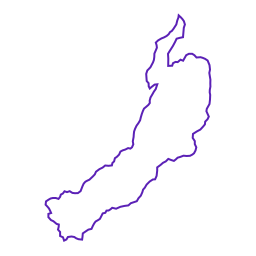 Rubiácea, São Paulo, Brazil
{"feature_id": "56859067B43286600004708", "entity_name": "Rubiácea", "entity_type": "district", "adm_level": 2, "iso_a3": "BRA", "parent_name": "Brazil", "parent_adm1": "São Paulo", "projection": "albers", "projection_center": [-50.795, -21.344], "detail": "fine", "context": "isolated", "style": "outline", "palette": "violet", "viewbox_px": 256, "rotation_deg": 0, "n_neighbors": 0, "source": "geoboundaries", "source_scale": "gbopen_adm2", "svg_char_len": 2657}
<svg xmlns="http://www.w3.org/2000/svg" viewBox="0 0 256 256"><path d="M46.0,201.4L45.6,204.7L47.5,206.7L49.0,208.5L50.1,210.7L51.1,213.0L48.4,213.9L48.4,217.2L51.0,220.1L53.4,221.2L56.6,223.9L58.8,224.5L58.7,226.8L58.0,229.6L60.1,232.0L60.1,236.0L63.0,237.3L64.1,240.6L66.4,239.5L67.9,237.0L71.5,236.5L74.3,237.0L76.2,238.3L78.5,239.2L82.1,239.6L82.5,236.8L82.8,233.4L85.7,231.4L88.4,229.6L91.5,228.9L92.9,225.8L94.2,223.4L95.6,221.5L97.9,220.2L99.9,218.9L101.1,216.6L102.7,213.4L105.3,212.8L106.5,210.6L108.6,210.5L110.5,209.3L112.2,207.8L116.1,208.7L120.4,206.8L124.6,205.9L128.4,205.4L130.8,203.2L136.8,201.2L138.5,198.2L140.8,195.7L142.3,192.3L143.1,189.6L144.8,187.7L146.6,184.6L149.7,181.5L152.8,179.5L155.1,179.3L156.6,175.9L156.9,173.2L157.2,170.6L157.2,167.4L160.6,164.9L163.0,162.8L165.8,161.4L168.3,158.9L171.1,160.0L173.9,160.9L175.7,159.5L177.6,157.7L180.3,156.9L183.5,155.7L186.7,156.0L190.0,155.8L192.3,154.6L194.0,153.3L195.5,150.5L196.3,147.3L194.8,144.1L194.8,141.1L192.7,137.9L193.0,133.9L196.9,131.4L200.3,129.6L203.0,126.7L204.9,124.4L205.2,121.6L207.5,119.3L208.8,116.6L206.4,111.2L206.8,108.8L209.5,104.0L210.0,99.6L210.2,94.9L209.7,92.4L209.8,89.9L210.4,86.6L210.3,83.4L210.4,79.7L209.7,75.3L209.3,72.9L210.0,69.6L209.5,65.1L207.6,60.5L205.0,58.8L202.6,57.8L200.5,57.2L196.5,57.5L194.4,55.2L192.2,53.8L188.9,53.8L186.2,55.2L183.1,60.7L180.5,59.7L177.7,62.1L175.5,61.9L173.0,63.2L172.2,65.7L168.2,65.9L168.3,58.6L168.0,53.8L169.4,51.5L172.9,46.0L175.1,41.9L176.6,38.7L179.5,37.9L183.0,37.2L183.8,27.8L184.9,24.5L183.9,21.2L182.5,19.2L180.9,17.4L178.7,15.4L178.4,17.6L177.3,20.4L176.3,24.5L173.5,28.8L171.8,31.0L170.0,32.1L168.7,34.2L166.6,36.0L163.8,37.5L161.5,38.4L158.1,40.4L155.8,42.6L156.6,45.2L156.9,47.7L155.6,50.8L154.4,53.6L154.3,56.9L153.9,59.9L153.0,62.4L150.4,67.3L147.3,70.5L146.2,73.9L146.7,81.0L148.6,83.2L148.7,86.3L149.8,88.5L151.4,87.1L154.6,84.6L157.3,84.3L155.7,89.1L153.9,91.6L152.4,94.3L150.5,97.5L149.7,100.6L149.8,103.0L148.4,104.9L146.2,106.8L144.0,108.6L142.9,111.0L141.8,114.0L140.8,117.4L140.1,120.3L138.3,123.3L136.6,125.6L135.1,128.7L134.1,131.5L133.8,134.2L133.6,137.0L132.8,141.4L133.3,144.3L132.0,147.3L130.4,148.6L128.1,148.1L125.4,149.5L122.6,150.4L120.4,151.6L119.1,154.6L116.8,156.9L114.9,158.2L114.1,161.4L112.4,163.0L111.9,165.4L108.6,165.8L105.2,165.5L102.6,167.6L99.5,169.1L96.0,171.7L94.8,174.4L92.8,176.5L89.4,179.7L87.4,180.6L85.4,181.7L83.7,183.6L82.5,186.2L80.6,191.1L77.9,193.1L74.9,193.2L72.4,192.9L69.7,191.2L67.0,192.1L64.5,191.3L62.9,193.5L60.8,194.6L60.1,196.9L58.5,198.9L55.8,198.0L52.8,198.0L50.6,198.5L48.5,199.7L46.0,201.4Z" fill="none" stroke="#5b21b6" stroke-width="2"/></svg>